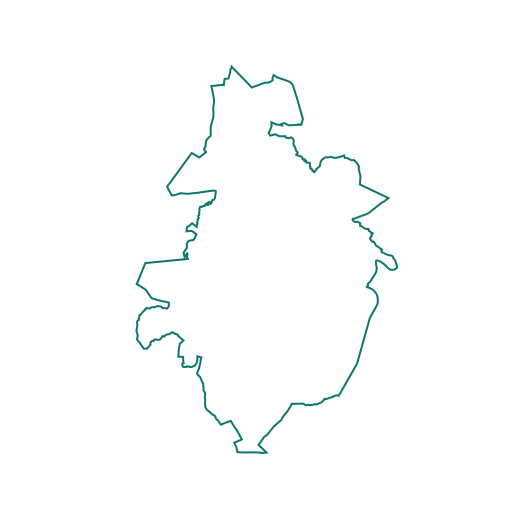 Atlangatepec, Tlaxcala, Mexico (Albers equal-area conic projection), rotated 242°
{"feature_id": "50627088B65405615420244", "entity_name": "Atlangatepec", "entity_type": "district", "adm_level": 2, "iso_a3": "MEX", "parent_name": "Mexico", "parent_adm1": "Tlaxcala", "projection": "albers", "projection_center": [-98.176, 19.547], "detail": "fine", "context": "isolated", "style": "outline", "palette": "teal", "viewbox_px": 512, "rotation_deg": 242, "n_neighbors": 0, "source": "geoboundaries", "source_scale": "gbopen_adm2", "svg_char_len": 6120}
<svg xmlns="http://www.w3.org/2000/svg" viewBox="0 0 512 512"><g transform="rotate(242 256 256)"><path d="M434.5,323.4L433.8,322.8L432.6,321.0L429.4,318.7L426.8,316.0L425.7,315.2L427.0,311.5L424.8,309.6L423.8,309.2L423.1,308.4L422.0,307.8L423.1,306.0L427.0,296.4L415.5,293.0L411.0,290.9L409.0,289.3L406.2,287.5L404.1,286.3L402.8,286.1L402.1,285.5L399.3,284.0L397.5,282.5L393.2,278.3L391.3,276.7L388.4,275.0L386.8,274.4L385.7,273.6L383.6,272.6L383.2,272.0L382.7,269.6L381.5,266.5L379.0,264.5L378.7,264.1L377.1,263.4L375.5,261.6L374.7,260.2L373.7,260.1L372.5,260.6L372.0,260.4L371.2,260.6L369.6,252.2L377.1,247.6L363.3,219.1L362.9,218.6L362.6,217.7L358.9,210.0L349.0,210.1L347.8,213.1L347.0,218.6L343.1,224.6L338.5,236.0L338.4,236.6L333.7,249.4L332.3,251.0L331.0,250.3L326.5,246.9L325.5,245.6L325.8,243.5L324.3,242.4L323.4,240.6L323.4,240.1L324.1,239.9L325.5,240.5L325.8,238.1L325.4,237.3L324.5,237.8L323.6,237.7L323.7,237.1L324.9,236.4L325.4,235.8L324.7,234.5L324.3,234.3L324.8,233.5L324.8,231.2L325.3,231.0L325.6,229.7L324.4,228.3L322.5,227.5L321.2,226.1L319.8,225.7L318.9,225.0L318.6,223.9L318.1,223.5L316.2,223.2L315.7,221.6L315.0,221.4L314.3,221.0L313.4,219.9L311.8,219.3L311.0,218.2L309.6,217.3L314.9,214.9L314.4,212.8L313.9,211.5L313.8,208.5L310.4,206.2L308.5,210.8L307.2,211.7L303.1,213.6L300.9,210.7L299.5,208.5L301.0,203.7L300.4,202.3L299.6,200.9L295.7,198.8L292.8,193.5L288.9,192.5L291.1,197.2L286.1,193.5L285.0,195.3L301.7,155.0L293.9,145.6L293.7,145.5L292.9,144.3L291.4,142.8L287.2,137.5L284.8,139.0L277.9,142.9L268.8,143.8L267.4,144.3L262.8,149.0L255.8,157.2L252.5,155.4L251.4,152.8L252.8,151.1L253.3,149.6L254.1,149.0L254.7,149.0L255.7,148.5L256.4,147.9L258.0,145.6L258.5,142.0L259.5,140.4L259.8,139.3L259.8,137.0L260.8,135.5L261.5,135.0L261.1,133.3L260.6,133.1L260.2,132.3L260.3,131.0L258.9,128.1L258.4,126.2L258.5,125.3L257.2,124.6L256.0,123.1L254.9,123.0L254.5,122.5L254.5,121.3L253.7,120.0L250.4,118.7L246.7,115.7L245.1,115.0L241.9,114.4L240.9,114.0L238.5,111.9L237.5,111.8L232.8,112.7L226.8,113.4L225.4,116.2L227.2,121.2L229.4,122.4L229.8,124.6L229.1,125.5L229.5,125.7L229.8,126.5L229.5,128.3L228.8,128.8L227.2,131.9L229.1,136.3L228.3,136.8L228.0,137.4L228.2,137.6L228.6,139.6L228.3,141.4L227.6,142.7L228.1,145.3L227.8,145.7L227.8,146.6L225.1,148.1L223.3,150.0L222.0,149.7L215.5,152.3L214.9,150.3L214.4,147.7L210.1,144.3L203.5,140.1L201.2,144.2L197.3,142.4L195.4,141.9L195.7,140.5L195.1,139.9L193.7,139.6L192.2,139.7L190.9,142.1L191.0,143.5L190.5,143.8L189.8,144.9L189.2,145.3L188.2,147.2L187.9,150.4L188.1,151.1L189.7,153.6L191.5,155.3L194.2,156.8L195.0,157.1L192.1,160.2L190.7,158.8L187.2,156.2L183.2,152.6L181.2,149.9L179.7,148.8L178.2,148.8L176.8,149.5L175.2,149.8L170.2,149.4L167.7,149.4L166.8,148.7L164.1,147.9L163.1,147.0L162.0,146.6L160.7,146.5L159.2,146.8L158.6,146.8L158.1,146.2L157.0,145.7L155.5,144.6L152.7,143.6L149.4,141.5L146.2,140.3L144.2,140.3L142.4,140.8L139.9,142.0L136.4,143.0L136.1,143.7L133.8,144.7L131.1,144.4L130.1,144.5L128.8,145.3L123.6,145.7L123.1,150.8L122.3,156.3L121.9,156.3L117.3,156.6L110.3,157.3L100.7,157.4L101.3,149.2L97.0,149.0L91.5,147.5L88.4,152.8L82.3,164.4L79.2,169.1L77.5,173.0L88.0,169.6L92.6,178.7L92.5,180.0L93.4,183.1L97.1,191.7L99.4,201.5L100.8,203.4L102.3,206.2L103.6,209.9L107.8,217.2L108.7,218.1L103.7,228.0L101.2,229.9L100.5,230.8L100.2,232.1L99.3,233.1L98.1,236.1L97.6,238.0L96.4,240.2L96.2,241.6L96.3,243.4L96.0,245.4L96.8,247.8L97.7,249.4L97.1,249.9L96.9,250.3L96.4,252.6L96.4,254.2L95.7,255.8L95.9,257.3L95.4,258.1L95.7,258.7L95.4,259.6L95.4,261.1L95.0,262.1L94.4,262.9L93.7,263.4L113.6,294.8L147.3,326.9L150.7,331.7L155.5,339.4L157.0,341.1L159.0,342.5L163.1,344.1L165.4,344.5L167.5,344.4L170.0,343.8L171.8,343.1L174.5,341.2L176.6,339.3L176.9,339.5L176.8,340.2L176.9,340.7L178.2,341.4L178.8,341.4L179.6,344.6L183.8,352.0L185.5,354.6L188.4,356.9L192.4,358.2L195.1,359.3L195.4,359.8L195.4,360.2L194.9,361.4L192.7,363.2L188.4,365.4L182.3,367.3L180.6,368.5L179.2,371.0L179.2,371.6L179.1,374.2L179.6,374.9L180.4,375.6L186.7,376.8L189.5,376.2L190.8,376.5L191.7,376.5L192.6,375.9L195.1,372.9L200.3,368.9L200.8,368.8L201.7,369.1L202.5,370.3L204.7,369.0L206.6,368.3L208.6,366.9L212.8,366.8L213.2,366.7L213.6,366.3L213.9,365.5L214.3,365.2L217.7,364.9L218.3,365.1L218.6,365.5L219.2,367.3L219.3,367.5L220.2,367.7L220.6,368.0L221.1,369.7L221.5,369.8L222.1,369.3L222.6,368.5L223.9,368.3L225.1,367.5L226.0,367.5L226.8,368.0L227.1,368.0L228.0,366.2L228.7,365.4L230.9,364.0L232.1,363.6L233.6,362.2L234.6,362.3L235.6,363.4L236.3,363.4L237.1,362.7L238.2,362.1L239.2,360.5L239.7,359.2L241.1,358.4L242.8,358.3L243.2,358.8L243.4,359.5L242.9,360.1L240.9,374.6L244.0,391.9L244.1,395.3L245.0,400.2L270.3,381.3L274.1,383.6L275.4,384.6L277.8,385.8L285.1,387.7L286.5,388.8L287.0,389.0L290.0,388.8L292.6,388.1L294.4,387.8L296.0,385.1L300.0,382.2L301.0,380.4L303.5,380.9L304.1,376.2L305.4,372.0L306.0,371.1L308.3,368.8L309.3,365.7L310.2,364.5L310.4,363.8L310.4,361.8L310.0,359.1L308.5,357.0L305.4,354.5L304.9,352.2L304.1,349.6L303.6,349.0L302.7,346.8L302.9,346.5L304.2,346.4L304.8,345.8L305.6,346.2L306.2,346.2L307.2,345.3L307.7,345.1L308.4,345.3L308.9,345.9L309.7,345.7L311.6,346.7L313.2,347.1L314.6,344.4L316.1,344.9L316.5,343.6L317.0,343.3L317.6,343.5L317.9,344.5L318.3,344.4L318.8,344.0L318.9,343.2L319.4,342.7L320.0,342.7L321.2,343.2L322.0,343.1L325.4,339.9L325.9,339.1L326.7,339.1L326.9,340.6L327.9,341.4L328.7,341.3L329.4,340.9L330.2,340.9L334.0,341.6L335.5,341.2L336.5,341.6L337.5,341.7L339.2,342.9L339.6,343.4L341.4,343.7L343.4,343.2L344.4,342.4L344.4,341.7L344.3,341.2L344.4,340.8L346.3,338.0L348.2,338.0L348.8,336.5L350.5,333.4L352.0,331.8L353.9,330.7L354.8,329.3L355.1,326.6L355.9,324.8L358.1,325.2L358.6,324.9L360.8,327.8L363.5,330.9L366.8,332.3L365.2,333.7L364.1,334.4L362.7,335.6L360.7,338.4L359.0,340.3L360.7,340.5L360.1,343.3L356.2,346.2L355.0,348.4L352.0,354.9L352.3,355.0L351.0,356.9L351.1,357.1L350.6,357.6L354.9,361.7L376.8,366.4L389.3,368.7L391.7,368.4L394.2,367.3L395.0,366.7L403.5,358.9L404.9,357.9L407.5,356.5L405.1,353.8L403.3,353.2L403.0,350.5L403.5,347.9L404.9,345.0L406.7,331.4L434.5,323.4Z" fill="none" stroke="#0f766e" stroke-width="2"/></g></svg>